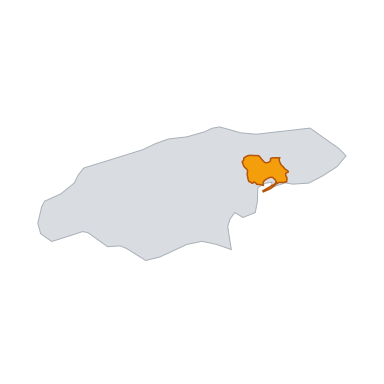 location of Saint Andrew within Jamaica, rotated 334°
{"feature_id": "JAM-1382", "entity_name": "Saint Andrew", "entity_type": "Parish", "adm_level": 1, "iso_a3": "JAM", "parent_name": "Jamaica", "parent_adm1": "", "projection": "natural_earth1", "projection_center": [-76.765, 18.048], "detail": "fine", "context": "in_parent", "style": "filled", "palette": "amber", "viewbox_px": 384, "rotation_deg": 334, "n_neighbors": 0, "source": "natural_earth", "source_scale": "10m", "svg_char_len": 2058}
<svg xmlns="http://www.w3.org/2000/svg" viewBox="0 0 384 384"><g transform="rotate(334 192 192)"><path d="M194.0,134.0L211.6,140.2L229.9,143.4L237.8,143.5L245.2,145.5L261.8,160.2L275.2,168.3L326.1,186.3L343.1,217.4L346.3,227.1L333.2,232.8L316.6,234.8L300.8,235.2L286.2,229.2L279.8,224.7L264.6,222.5L268.3,218.3L261.6,216.3L253.1,216.8L246.9,228.7L239.9,238.2L226.6,237.2L221.5,229.2L214.5,232.8L208.9,238.8L202.1,261.0L191.2,250.0L179.4,240.7L164.5,236.9L134.5,236.3L120.4,233.3L108.6,214.4L104.0,209.0L92.2,204.2L80.4,182.6L76.2,179.6L44.2,175.0L37.7,163.2L39.7,152.5L50.4,139.4L55.6,135.6L73.3,136.2L90.1,132.3L97.6,126.6L105.3,123.0L166.4,132.4L180.5,132.5L194.0,134.0Z" fill="#d9dde1" stroke="#a8b0b8" stroke-width="1"/><path d="M259.0,217.2L258.1,216.5L255.5,214.6L253.6,213.6L253.1,211.6L252.1,210.1L251.8,210.2L251.0,210.6L250.6,210.6L250.2,210.6L249.9,210.5L249.6,210.2L249.4,209.9L249.2,209.1L249.0,208.8L248.9,208.6L247.8,207.6L247.8,206.6L248.0,205.1L248.9,201.7L249.4,200.2L249.8,199.3L250.1,199.1L250.4,198.8L250.6,198.5L250.8,198.1L251.3,196.9L251.3,196.2L251.2,195.4L250.2,193.1L250.0,192.1L249.9,191.4L250.3,186.9L252.3,186.0L252.6,185.7L252.9,185.3L253.1,184.8L253.3,184.4L253.8,184.1L254.7,183.9L256.6,183.9L257.4,183.7L259.8,184.3L267.9,188.6L268.8,192.0L268.8,192.5L270.1,196.8L270.3,197.1L270.8,197.8L271.3,198.2L272.2,198.5L274.1,198.9L275.6,198.6L276.3,198.3L276.6,197.8L276.9,197.0L277.1,196.6L277.4,196.3L279.3,196.6L285.8,199.7L284.5,201.1L284.2,202.2L284.0,203.5L284.0,206.1L284.2,207.2L284.5,208.1L284.9,208.9L285.7,212.1L286.0,212.7L287.0,214.4L287.5,215.3L287.5,215.9L287.3,216.2L286.9,216.3L285.4,216.2L284.8,216.3L284.3,216.6L283.6,217.7L283.5,218.7L283.6,220.3L283.5,221.0L283.3,221.6L282.4,222.8L281.6,224.3L277.6,223.2L276.5,222.6L274.2,221.5L271.2,221.7L266.0,223.1L263.7,223.4L256.2,223.1L256.2,222.0L272.1,220.9L271.4,220.2L272.2,219.7L272.1,217.5L270.9,214.3L269.5,213.4L267.3,212.9L263.6,213.1L262.3,213.4L260.9,214.1L259.8,214.9L259.5,215.6L259.0,217.2Z" fill="#f59e0b" stroke="#b45309" stroke-width="1.5"/></g></svg>